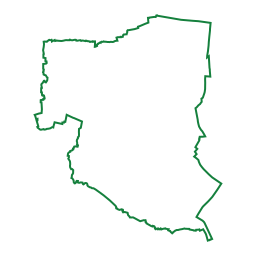 outline of Bang Len, Nakhon Pathom, Thailand
{"feature_id": "78962969B43519510241877", "entity_name": "Bang Len", "entity_type": "district", "adm_level": 2, "iso_a3": "THA", "parent_name": "Thailand", "parent_adm1": "Nakhon Pathom", "projection": "albers", "projection_center": [100.172, 14.035], "detail": "fine", "context": "isolated", "style": "outline", "palette": "green", "viewbox_px": 256, "rotation_deg": 0, "n_neighbors": 0, "source": "geoboundaries", "source_scale": "gbopen_adm2", "svg_char_len": 5608}
<svg xmlns="http://www.w3.org/2000/svg" viewBox="0 0 256 256"><path d="M208.8,56.2L207.1,57.5L207.2,55.6L207.5,54.0L208.0,50.9L208.6,45.4L208.8,42.0L209.3,36.8L210.0,30.3L210.0,29.1L210.6,22.9L198.5,21.2L192.8,20.8L181.1,19.8L158.4,15.9L156.6,15.7L156.7,15.4L156.4,15.4L155.7,17.0L154.4,16.9L149.3,17.6L149.2,17.9L148.0,17.9L148.4,22.6L145.2,23.8L139.8,26.1L138.0,26.7L138.2,28.0L134.6,29.1L128.5,30.2L127.7,30.2L127.2,30.9L127.2,32.7L126.6,33.8L126.6,34.3L123.8,34.5L123.7,34.8L123.2,35.0L122.7,36.9L120.8,36.8L120.8,37.2L117.7,37.2L116.5,37.6L117.4,40.7L116.0,40.8L114.8,41.1L114.3,41.3L113.9,41.7L112.8,42.0L111.4,41.9L110.9,41.8L109.6,42.1L108.6,42.0L107.5,42.0L105.6,41.7L105.1,41.8L104.7,41.7L104.2,41.7L103.7,41.4L102.8,41.9L101.6,41.7L100.9,42.1L100.7,42.8L100.0,42.5L99.7,42.7L99.3,42.9L99.1,43.2L98.4,43.5L98.2,43.9L97.6,43.9L97.2,44.9L96.8,44.9L96.7,45.0L97.0,46.0L95.5,46.7L94.8,46.8L95.0,44.2L95.0,41.4L93.4,41.4L93.3,41.6L92.8,41.4L92.7,41.6L92.4,41.5L92.2,41.8L91.5,41.6L90.8,41.7L90.6,41.8L90.4,41.6L90.1,41.6L89.6,41.8L88.9,41.2L87.6,41.2L87.0,40.9L86.6,41.0L86.0,40.6L85.5,41.1L82.7,40.5L81.1,40.9L80.6,40.2L80.1,40.2L77.2,40.7L76.8,40.5L76.3,40.6L76.0,39.9L75.8,39.8L74.7,39.8L72.2,40.3L70.9,40.1L70.1,39.7L69.7,39.7L69.5,40.2L67.4,40.2L66.6,40.1L65.4,40.2L62.8,40.8L61.3,41.0L57.5,40.7L56.7,40.5L56.0,40.6L56.0,40.8L55.1,41.0L54.7,40.0L52.0,41.4L52.0,40.5L51.6,39.8L50.9,40.1L50.1,40.2L49.7,40.1L49.5,39.9L49.1,39.9L48.5,40.3L46.9,41.7L46.6,41.5L45.9,41.7L44.9,41.5L43.7,41.7L44.0,44.2L43.7,47.0L43.1,50.2L43.8,53.8L43.8,54.1L43.4,54.3L43.4,57.7L45.5,58.1L45.4,61.2L45.5,61.3L46.5,61.4L46.6,62.3L46.7,63.0L46.1,63.6L43.2,64.0L43.2,68.9L43.8,69.4L43.6,71.1L43.3,71.1L43.0,72.4L43.6,73.2L43.6,74.5L44.7,75.1L45.6,75.2L45.9,75.5L46.7,77.0L47.5,77.6L47.4,78.7L47.3,80.0L46.8,81.1L45.9,82.4L45.2,82.2L44.5,80.8L44.2,80.7L43.9,80.8L42.6,83.0L41.6,83.9L41.3,84.9L41.9,87.9L41.2,88.1L41.1,92.3L41.9,92.4L42.0,94.9L42.7,95.0L42.7,95.6L43.9,95.5L44.0,95.6L44.6,98.1L44.1,98.3L44.2,98.8L43.3,98.9L43.3,99.8L40.9,100.0L40.7,100.1L40.7,102.3L41.5,102.4L41.6,104.1L41.9,109.3L41.6,113.0L38.7,113.6L34.7,114.9L35.2,115.9L36.2,119.1L37.5,118.8L37.5,119.4L37.2,119.5L37.4,120.4L36.6,120.6L38.3,126.3L38.2,126.4L37.4,126.9L37.8,127.3L37.7,127.7L40.3,129.7L41.2,129.7L43.6,129.1L43.9,129.5L44.3,129.6L45.8,129.4L46.7,128.9L48.6,128.7L50.3,128.3L52.1,127.2L52.6,127.1L53.3,127.4L53.6,125.8L54.3,123.5L54.6,122.3L62.3,124.0L62.4,122.5L64.0,122.6L64.3,121.6L65.3,121.8L66.7,114.8L73.1,117.8L74.1,118.1L82.0,121.5L80.8,127.8L79.0,128.9L78.9,131.9L79.0,134.3L78.9,136.1L78.7,136.6L77.9,137.2L77.9,138.4L77.1,139.5L76.9,140.2L76.8,141.2L77.1,142.2L77.2,143.8L77.0,144.6L77.8,145.0L78.0,145.3L77.6,146.7L75.2,146.4L74.2,146.6L73.4,149.1L72.9,148.9L72.8,149.7L72.3,150.1L72.2,150.3L70.1,151.1L70.1,151.3L70.2,151.8L69.2,152.2L68.3,153.0L68.0,153.8L67.7,155.8L68.9,156.0L68.9,157.5L68.3,158.7L69.2,160.0L69.9,161.2L70.1,162.4L70.2,164.3L70.0,165.5L70.1,167.1L70.5,168.0L71.2,169.2L72.2,169.1L73.2,170.1L73.1,173.1L72.7,174.0L72.3,174.4L72.0,174.9L71.8,176.1L71.8,176.9L71.4,178.0L72.4,178.5L73.3,179.8L73.7,180.9L73.7,182.1L74.5,183.3L74.8,183.4L75.5,183.1L75.8,182.6L76.5,181.1L76.7,180.9L76.9,180.9L77.9,181.0L77.7,182.2L77.8,182.4L78.1,182.6L79.2,182.8L80.8,182.4L82.5,182.6L82.9,183.9L83.0,184.1L83.4,184.4L83.8,184.2L85.0,183.1L85.6,183.0L86.6,183.2L86.9,183.5L87.2,183.9L87.4,184.5L87.4,185.4L88.0,186.2L89.9,187.3L90.8,187.4L92.0,188.2L93.6,188.3L95.9,189.7L103.6,195.3L109.9,200.5L115.3,205.6L116.1,206.6L116.1,207.9L116.5,208.0L116.6,208.6L117.3,208.7L117.7,209.2L119.4,209.9L121.7,209.3L122.1,210.1L122.9,209.8L123.0,209.9L123.0,210.2L122.6,210.5L122.5,211.2L122.8,211.9L123.2,211.9L123.3,212.3L124.7,212.0L127.3,212.7L127.6,212.8L127.7,213.0L127.8,214.1L128.2,215.3L129.6,216.6L129.8,217.4L131.3,217.5L132.3,217.4L133.1,217.4L134.3,218.0L140.2,221.2L143.7,220.2L144.1,220.2L144.4,220.4L145.5,220.2L145.7,220.9L145.7,221.4L146.0,222.0L145.8,222.4L146.4,222.7L146.5,223.4L151.3,226.1L152.6,226.5L152.9,225.9L153.9,226.4L154.0,226.2L154.3,226.3L154.5,226.7L155.0,227.4L155.1,227.9L154.9,228.1L154.9,228.4L155.5,229.2L156.5,228.7L157.6,228.5L157.7,229.1L158.5,228.7L158.9,229.3L159.8,229.3L160.0,228.9L160.7,228.4L161.1,228.8L161.4,229.4L163.1,228.8L165.1,228.4L165.2,228.7L166.4,228.8L167.5,229.1L168.4,229.2L168.0,229.8L168.1,230.3L168.5,230.5L170.0,230.9L170.1,231.3L170.6,231.6L170.8,232.1L171.7,232.8L172.2,233.3L173.0,232.6L173.4,231.9L174.3,231.5L175.1,230.7L175.8,230.4L176.7,230.0L178.1,230.0L179.8,229.5L182.1,229.1L184.5,228.5L184.9,228.7L186.0,228.8L189.3,228.9L189.5,229.5L193.7,230.3L193.8,230.5L195.8,230.7L196.1,229.8L198.3,229.7L198.8,229.6L199.0,229.7L199.4,229.5L199.9,230.7L203.2,229.3L205.7,233.6L206.3,235.2L207.8,240.6L210.0,239.7L210.0,239.9L212.1,239.0L204.6,223.0L203.9,221.9L202.5,220.6L196.5,217.0L198.4,213.7L202.3,207.4L203.2,206.3L208.2,201.4L212.3,196.9L217.4,189.6L221.3,183.6L212.2,177.4L208.7,174.2L203.7,169.2L202.0,167.2L200.2,164.8L199.2,162.6L198.7,161.3L198.5,160.2L198.2,159.8L196.5,158.3L194.2,156.6L195.0,155.8L196.6,154.1L194.9,151.7L197.3,148.9L195.4,147.2L199.3,140.4L199.5,138.7L199.2,138.7L199.7,136.8L202.8,136.7L205.2,136.4L204.2,134.5L202.9,132.3L202.4,131.4L200.9,129.7L199.1,126.6L198.4,124.0L197.9,121.6L197.7,119.7L195.5,108.2L196.7,107.3L198.4,105.3L200.1,104.0L200.8,102.9L201.6,102.0L201.7,101.6L201.6,101.2L201.6,100.0L201.4,98.7L201.6,98.5L202.5,98.0L202.9,97.5L204.4,93.1L204.7,92.0L205.1,89.1L205.2,82.8L205.1,79.0L205.3,76.2L210.3,76.6L209.8,70.8L209.8,69.4L209.5,67.8L209.4,66.1L208.8,56.2Z" fill="none" stroke="#15803d" stroke-width="2"/></svg>